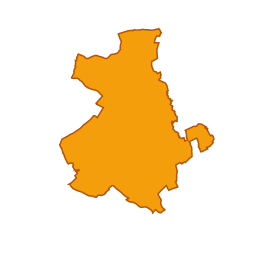 outline of Ciortesti, Iasi, Romania, rotated 158°
{"feature_id": "2599482B12442358854249", "entity_name": "Ciortesti", "entity_type": "district", "adm_level": 2, "iso_a3": "ROU", "parent_name": "Romania", "parent_adm1": "Iasi", "projection": "natural_earth1", "projection_center": [27.848, 46.913], "detail": "fine", "context": "isolated", "style": "filled", "palette": "amber", "viewbox_px": 256, "rotation_deg": 158, "n_neighbors": 0, "source": "geoboundaries", "source_scale": "gbopen_adm2", "svg_char_len": 5725}
<svg xmlns="http://www.w3.org/2000/svg" viewBox="0 0 256 256"><g transform="rotate(158 128 128)"><path d="M151.4,210.3L151.4,209.8L153.1,206.3L153.5,205.6L154.0,205.2L153.9,204.8L154.0,204.6L153.7,204.2L154.6,203.2L155.1,203.1L155.9,202.4L156.1,201.8L156.9,201.0L157.0,200.3L157.6,199.1L161.5,195.7L161.3,195.1L160.8,195.0L159.9,194.4L156.6,193.4L155.6,192.1L154.7,190.1L153.4,188.5L153.3,188.2L153.2,187.3L152.7,186.4L152.1,183.5L151.7,182.6L150.8,181.5L150.6,180.8L150.3,180.8L150.2,180.4L149.9,180.4L149.7,180.2L149.4,179.9L149.4,179.6L149.0,179.3L148.4,178.5L147.7,178.2L146.6,177.0L143.9,175.2L142.2,173.4L141.5,171.6L141.0,170.8L140.8,169.6L140.1,168.4L139.8,167.1L148.3,162.9L147.5,161.9L147.6,161.7L148.0,161.6L143.2,156.2L152.6,149.1L153.2,150.5L154.1,151.7L155.4,152.3L157.0,151.2L160.5,149.6L166.0,148.0L166.7,147.6L167.0,147.8L168.1,147.5L169.1,146.9L172.5,145.5L180.6,143.8L182.5,143.6L184.2,143.7L186.7,143.1L193.5,142.3L193.8,141.8L195.4,140.3L195.6,139.8L197.5,138.1L197.7,137.7L197.6,136.1L197.2,133.1L197.6,129.8L197.5,129.7L197.5,128.8L197.7,128.7L197.5,128.4L197.3,126.5L197.5,126.2L197.4,125.6L197.6,125.2L197.5,124.9L197.6,122.6L197.4,121.8L197.3,120.1L197.3,119.7L197.4,119.2L197.1,118.6L196.8,117.0L194.4,117.1L192.5,116.1L192.5,114.5L193.2,113.4L193.7,112.9L193.2,109.3L193.3,109.2L192.9,109.2L192.4,108.7L192.2,108.1L192.4,107.9L190.8,108.1L189.4,108.0L189.1,107.8L189.3,107.0L189.6,106.8L190.0,106.8L190.5,107.1L192.2,106.6L192.3,106.4L192.1,105.8L192.0,104.9L195.1,103.7L194.6,101.3L194.8,100.7L196.5,100.3L201.1,98.4L203.8,98.0L203.1,97.6L202.7,95.5L201.9,92.9L201.6,92.3L200.0,90.7L198.9,89.3L194.9,86.0L190.3,80.4L189.2,79.5L186.5,78.2L185.9,77.5L184.6,76.7L183.9,75.8L183.5,75.6L182.1,76.1L181.6,76.7L181.1,76.9L179.4,76.4L178.0,75.4L175.3,75.3L174.3,75.5L172.9,76.2L173.1,76.6L168.6,78.0L168.9,78.7L167.5,79.5L164.3,80.6L163.7,80.1L163.3,80.0L162.7,79.1L161.7,76.5L158.8,71.5L158.2,70.6L157.9,69.5L156.4,66.5L154.4,63.3L154.0,63.4L153.6,62.7L154.1,62.4L156.5,62.3L156.6,62.2L154.7,59.5L154.2,59.2L153.7,58.5L152.1,57.9L150.7,56.9L148.8,54.6L147.0,51.0L145.6,49.5L142.0,48.6L141.1,48.1L140.2,47.3L139.3,46.3L138.4,44.8L137.1,43.1L136.9,42.4L136.8,41.0L136.9,40.0L133.0,42.0L131.2,38.4L130.0,37.4L129.1,37.1L126.5,38.0L124.4,38.3L126.1,41.9L126.0,45.6L125.8,46.3L124.4,48.3L124.2,48.8L125.0,54.5L124.8,55.5L123.3,56.4L119.9,58.0L114.0,60.3L113.8,56.7L113.5,55.0L109.3,55.0L104.0,54.6L103.9,54.8L104.0,56.8L104.2,57.7L103.9,60.0L103.9,60.8L103.6,60.9L102.8,60.6L100.0,67.4L99.2,68.2L98.6,69.2L97.7,75.7L92.9,76.5L91.6,74.6L90.5,75.1L90.3,74.8L88.2,75.5L87.6,74.5L82.1,76.9L79.4,77.5L78.3,80.4L77.8,82.3L76.9,84.0L76.7,85.1L76.2,86.2L76.5,89.2L76.0,90.3L75.9,90.8L76.5,92.4L68.1,92.9L68.0,90.5L68.3,87.6L68.4,86.9L68.9,86.2L69.0,84.9L69.7,84.4L69.7,84.0L69.6,83.0L69.4,82.6L69.3,81.0L69.5,79.3L69.4,78.6L68.6,78.4L61.9,78.8L62.0,79.9L62.5,80.6L62.4,80.7L61.4,80.3L58.9,80.4L55.0,82.2L54.3,82.8L54.9,83.8L52.4,85.6L52.2,88.0L52.5,88.9L52.4,89.4L53.1,90.0L54.4,89.9L54.4,90.0L54.9,92.7L55.2,96.0L55.5,96.6L54.4,97.6L55.0,98.6L55.9,98.3L56.4,98.9L56.5,99.2L55.9,99.2L55.7,99.4L55.9,99.8L55.3,100.0L56.9,101.9L57.2,102.1L58.0,103.7L60.8,105.3L62.3,105.0L63.6,104.0L64.2,104.1L66.5,104.9L75.8,104.4L75.4,103.4L76.0,102.0L76.0,101.0L76.2,100.1L77.1,98.1L77.3,96.0L77.1,94.6L80.2,94.7L80.0,95.7L80.2,96.6L79.9,97.2L79.6,97.4L79.8,98.0L80.9,98.4L81.8,98.1L82.5,98.2L83.2,99.3L84.1,99.9L84.1,100.2L83.5,100.5L83.2,101.0L83.9,101.6L84.2,102.2L84.2,102.5L83.5,103.1L83.2,104.1L83.8,104.7L83.7,105.4L83.9,105.7L84.5,106.3L85.0,106.2L85.4,106.8L85.9,107.7L86.0,108.9L86.5,109.9L86.6,110.4L86.4,111.0L85.6,111.5L85.2,112.5L86.1,113.8L85.1,115.0L85.7,115.7L85.8,116.1L85.0,117.7L84.5,117.8L83.9,117.1L83.9,116.9L84.2,116.4L84.0,115.9L83.6,116.0L82.2,116.9L81.5,117.1L81.1,116.8L80.7,115.9L80.0,115.8L79.8,116.5L79.0,117.9L79.0,118.2L78.5,119.6L78.2,120.0L78.7,120.5L79.0,121.8L79.4,122.3L78.7,123.1L79.2,124.6L79.2,125.0L78.4,125.4L78.4,125.7L78.8,126.9L79.3,127.2L79.6,127.1L80.1,127.7L80.3,128.6L80.0,128.8L79.4,129.9L79.5,130.7L78.6,131.1L78.4,131.4L78.5,132.0L79.1,132.4L79.8,133.6L80.1,133.7L80.2,134.0L79.3,134.7L78.6,134.8L78.5,135.0L78.6,135.8L78.3,136.4L77.1,136.5L76.8,136.6L76.6,137.0L77.8,137.8L78.4,137.9L78.5,138.2L78.4,139.1L77.9,139.3L78.4,139.9L79.2,140.3L79.5,141.1L79.4,141.7L78.9,142.1L78.7,142.6L79.0,143.2L79.4,143.6L79.4,144.0L79.1,144.1L78.9,145.1L78.1,145.4L78.8,146.5L78.7,147.0L78.2,147.4L77.3,147.1L76.8,147.7L76.1,152.6L76.2,154.0L76.3,154.1L76.6,155.6L77.1,156.4L81.4,160.7L81.2,161.3L80.8,161.6L80.3,161.6L79.8,161.9L79.0,162.1L78.9,162.5L78.6,162.9L78.5,163.8L78.2,164.5L77.4,164.9L77.3,165.2L77.5,165.7L77.1,167.7L80.4,167.5L80.7,169.4L81.8,170.0L82.7,171.1L82.9,171.7L82.8,176.8L82.6,177.0L81.9,179.1L80.8,181.0L79.9,180.8L74.6,181.6L71.9,190.0L70.8,191.2L69.1,193.5L68.0,194.6L67.9,195.0L67.5,195.4L71.5,197.1L70.4,199.2L69.5,200.3L66.8,202.6L64.3,201.2L63.0,202.6L62.7,203.4L61.5,203.6L61.4,203.8L61.7,204.5L61.7,206.5L62.3,208.6L62.9,208.3L63.3,208.7L68.9,209.5L73.7,212.1L74.5,212.2L77.1,213.8L78.7,214.3L79.4,214.1L81.0,214.8L83.6,215.6L84.3,215.9L85.2,216.8L87.0,216.3L87.2,216.9L91.6,218.1L101.7,218.9L101.9,215.1L101.9,210.8L102.1,210.0L103.8,207.9L104.5,206.8L105.6,204.2L105.6,203.6L107.0,203.1L108.3,202.1L109.6,201.6L111.0,201.4L112.6,201.6L116.1,202.5L120.6,200.5L121.3,200.4L122.6,200.8L123.4,201.2L125.0,203.0L128.5,205.6L129.2,206.5L130.1,207.0L130.3,207.0L130.6,207.3L131.5,207.6L132.8,207.7L135.9,207.7L137.6,207.4L139.0,207.5L139.3,207.7L140.6,208.0L141.0,208.5L141.7,210.3L143.0,212.0L146.3,215.1L146.7,215.0L147.6,213.9L148.8,212.9L149.6,211.8L149.4,211.2L149.8,211.0L150.6,209.8L151.4,210.3Z" fill="#f59e0b" stroke="#b45309" stroke-width="1.5"/></g></svg>